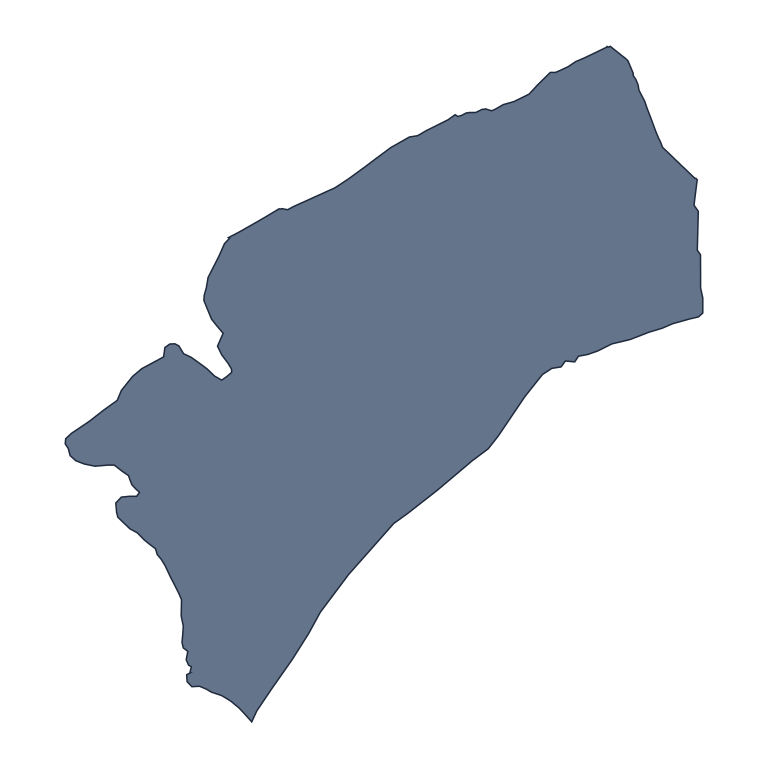 Habila - SK, South Kordufan, Sudan (orthographic projection)
{"feature_id": "16777658B69543543335458", "entity_name": "Habila - SK", "entity_type": "district", "adm_level": 2, "iso_a3": "SDN", "parent_name": "Sudan", "parent_adm1": "South Kordufan", "projection": "orthographic", "projection_center": [30.058, 11.931], "detail": "fine", "context": "isolated", "style": "filled", "palette": "slate", "viewbox_px": 768, "rotation_deg": 0, "n_neighbors": 0, "source": "geoboundaries", "source_scale": "gbopen_adm2", "svg_char_len": 3413}
<svg xmlns="http://www.w3.org/2000/svg" viewBox="0 0 768 768"><path d="M696.8,182.9L696.9,182.4L697.0,181.6L697.0,181.4L697.0,181.2L697.1,180.9L697.1,180.4L697.1,180.2L697.2,179.7L696.6,179.1L696.3,178.8L695.8,178.3L694.9,178.4L694.6,178.1L691.7,175.3L691.2,174.8L690.6,174.2L688.7,172.4L685.4,169.2L683.6,167.5L683.0,167.0L681.7,165.8L681.2,165.3L678.5,162.6L677.4,161.6L675.4,159.7L673.6,157.9L671.9,156.3L670.6,155.0L664.3,149.0L663.4,148.2L662.5,147.2L660.4,141.7L659.2,139.3L658.9,138.9L655.9,131.7L651.1,118.7L647.1,108.3L644.6,101.0L639.1,90.5L639.0,90.3L638.1,84.9L636.1,80.0L635.9,79.5L633.2,75.5L633.2,74.8L633.2,73.2L633.0,72.8L632.2,70.9L631.8,69.9L627.9,60.7L624.9,57.9L621.8,55.6L613.2,48.7L610.3,46.3L608.5,47.2L607.5,46.7L606.8,46.3L606.6,46.2L606.4,46.1L606.6,46.2L607.5,46.8L605.4,47.8L584.6,57.8L575.7,61.6L568.1,66.7L560.0,70.5L556.7,71.9L555.6,72.4L552.6,72.4L550.3,72.4L537.5,85.0L529.1,94.1L513.9,101.6L503.3,104.6L494.9,109.4L491.6,110.8L485.3,108.8L483.7,109.5L482.5,109.2L475.7,112.5L469.0,112.5L468.3,112.9L466.3,112.9L461.8,115.3L458.0,116.5L455.1,114.7L453.6,115.8L448.0,119.8L441.2,123.2L426.5,130.5L417.6,135.7L409.4,137.0L390.9,147.5L375.4,159.0L368.0,164.6L364.7,167.1L362.2,168.9L348.6,178.8L338.5,185.5L334.7,187.9L334.2,188.2L328.7,190.6L319.5,194.8L315.3,196.7L315.2,196.7L315.0,196.8L312.0,198.2L302.0,202.7L293.2,206.7L287.7,209.7L286.0,209.4L281.7,208.6L280.8,209.1L279.1,208.8L262.0,219.0L239.4,231.9L228.4,237.6L229.6,238.2L224.5,243.6L219.2,255.6L217.2,259.6L208.1,277.4L206.3,287.9L204.3,295.0L204.2,295.4L203.9,300.5L207.6,309.6L211.5,319.1L216.8,325.8L220.7,330.4L223.1,333.3L217.5,346.2L221.7,354.8L228.0,363.2L231.4,368.8L231.7,372.3L227.8,375.7L227.0,376.4L222.6,379.5L221.7,380.1L214.6,376.1L207.0,368.8L198.6,362.6L191.0,357.2L183.6,353.7L178.9,345.9L174.9,343.8L170.0,344.0L169.7,344.1L164.9,347.5L163.6,356.9L141.7,368.7L132.5,376.5L121.4,390.4L117.2,400.4L103.8,410.0L89.3,421.3L71.5,433.3L65.7,438.7L65.2,443.8L68.3,448.6L70.1,455.6L75.9,460.8L84.3,464.0L94.9,466.2L108.0,465.1L114.3,465.1L122.2,471.3L128.5,475.6L130.1,480.2L131.9,484.8L135.6,488.8L139.5,492.3L136.6,496.3L136.0,496.3L129.3,496.3L121.4,497.1L120.9,497.6L115.8,503.0L116.6,512.5L117.9,517.3L123.2,522.4L130.0,528.9L137.4,532.9L144.5,540.2L150.3,544.8L155.5,548.8L157.3,554.7L161.0,559.0L165.2,565.8L170.5,577.1L174.7,585.2L179.1,594.0L181.5,599.7L181.2,616.1L183.3,626.1L182.8,633.7L182.0,642.5L183.3,647.9L187.8,651.4L186.2,659.7L188.5,665.1L191.4,666.7L189.8,672.9L190.1,672.9L189.4,673.3L187.6,674.2L186.7,674.7L186.7,675.8L187.1,681.7L187.4,682.0L191.5,686.3L191.9,686.7L198.8,686.3L199.5,686.3L202.0,687.3L206.5,689.2L209.9,691.3L211.5,692.2L219.7,694.9L221.5,695.5L226.7,698.6L230.9,701.2L231.1,701.4L234.7,704.4L235.9,705.4L236.4,705.8L239.0,707.9L239.8,708.8L243.6,712.8L245.3,714.7L248.5,718.2L250.9,720.9L251.7,721.9L251.8,721.7L256.8,710.9L272.4,687.8L292.2,659.6L308.8,633.3L320.4,612.1L348.7,574.4L372.8,547.2L393.7,523.5L407.6,513.5L437.5,490.1L472.3,460.7L488.2,448.8L498.2,436.1L524.9,396.6L535.7,383.0L542.5,374.5L551.8,368.4L561.1,366.9L565.4,361.0L574.7,361.9L578.5,356.2L587.7,354.5L597.9,350.9L611.9,343.9L630.2,339.5L648.7,332.3L662.3,328.2L672.7,323.7L688.7,319.2L698.5,316.9L702.8,313.0L702.8,308.6L702.8,298.0L700.6,288.0L700.6,278.1L700.5,254.7L697.3,250.2L698.3,211.3L694.0,205.2L696.8,182.9L696.8,182.9Z" fill="#64748b" stroke="#1e293b" stroke-width="1.5"/></svg>